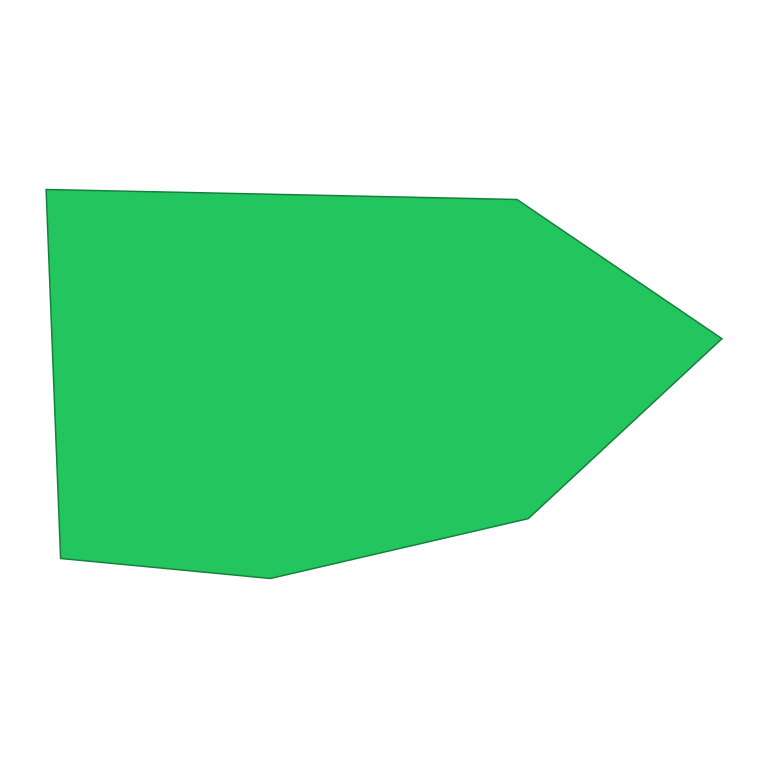 the state/province of Ta' Xbiex
{"feature_id": "MLT-5941", "entity_name": "Ta' Xbiex", "entity_type": "state/province", "adm_level": 1, "iso_a3": "MLT", "parent_name": "Malta", "parent_adm1": "", "projection": "natural_earth1", "projection_center": [14.496, 35.895], "detail": "fine", "context": "isolated", "style": "filled", "palette": "green", "viewbox_px": 768, "rotation_deg": 0, "n_neighbors": 0, "source": "natural_earth", "source_scale": "10m", "svg_char_len": 214}
<svg xmlns="http://www.w3.org/2000/svg" viewBox="0 0 768 768"><path d="M721.9,338.7L528.3,518.6L270.3,578.5L60.6,558.5L46.1,189.5L517.0,199.5L721.9,338.7Z" fill="#22c55e" stroke="#15803d" stroke-width="1.5"/></svg>